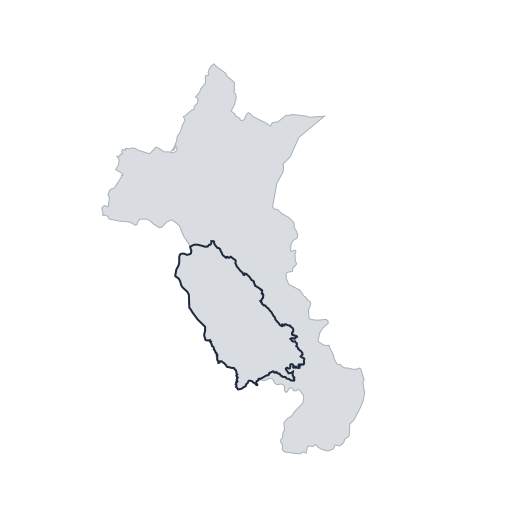 Punjab on a map of Pakistan (Equal Earth projection), rotated 120°
{"feature_id": "PAK-1113", "entity_name": "Punjab", "entity_type": "Province", "adm_level": 1, "iso_a3": "PAK", "parent_name": "Pakistan", "parent_adm1": "", "projection": "equal_earth", "projection_center": [72.142, 30.862], "detail": "fine", "context": "in_parent", "style": "outline", "palette": "slate", "viewbox_px": 512, "rotation_deg": 120, "n_neighbors": 0, "source": "natural_earth", "source_scale": "10m", "svg_char_len": 9750}
<svg xmlns="http://www.w3.org/2000/svg" viewBox="0 0 512 512"><g transform="rotate(120 256 256)"><path d="M405.8,119.6L411.4,133.3L410.5,136.3L406.5,138.6L404.9,141.4L403.0,142.7L400.4,142.2L395.1,144.4L392.6,144.3L386.4,148.5L381.5,147.7L376.5,145.1L372.0,144.9L359.7,141.9L353.3,144.7L350.2,151.6L350.5,153.0L352.7,153.9L353.6,155.2L353.8,156.3L352.4,159.2L353.2,160.7L358.9,161.4L358.9,162.5L358.3,164.0L354.2,166.5L353.8,168.2L354.3,170.4L357.1,173.6L356.5,176.7L354.2,180.2L354.4,181.6L356.8,184.5L360.1,186.6L360.7,189.9L360.2,191.2L361.2,192.2L367.0,192.5L366.7,196.3L367.5,199.2L369.5,200.1L373.3,200.0L378.0,202.3L380.0,204.6L379.8,206.3L378.5,208.2L368.7,213.0L365.2,216.4L364.4,219.1L366.0,225.4L364.6,232.5L365.1,233.9L366.4,234.4L366.9,236.4L362.0,240.0L361.3,240.0L355.0,249.6L352.9,251.8L352.6,253.9L353.6,257.3L351.2,260.6L342.9,264.7L340.1,274.6L333.8,288.0L322.9,295.2L321.9,296.6L318.7,305.7L315.2,310.1L313.7,315.7L307.3,318.1L300.3,319.1L294.3,322.2L292.8,322.3L290.7,320.8L289.5,316.4L286.8,314.2L285.1,314.1L280.0,318.7L275.1,328.5L268.0,337.6L266.7,346.0L267.4,347.6L271.8,350.6L278.2,351.9L279.9,353.8L279.5,361.4L278.4,365.2L278.9,369.4L282.1,374.8L285.7,375.5L288.1,374.8L289.6,375.8L289.7,382.3L294.1,391.8L297.4,401.7L296.0,403.5L295.8,404.7L295.9,407.0L297.3,408.5L297.3,409.3L294.2,410.8L292.6,412.9L290.8,413.6L288.1,412.5L287.5,408.8L286.3,409.0L278.6,412.3L277.0,414.8L272.8,415.5L271.0,415.3L267.9,412.6L254.9,412.1L253.5,412.9L252.5,411.6L251.5,412.8L251.3,420.8L246.7,420.7L242.6,421.8L240.2,423.7L239.2,426.4L237.7,423.9L236.0,424.4L234.2,422.5L233.4,424.4L230.4,424.9L230.0,422.0L228.3,423.0L227.2,421.5L226.7,419.4L224.5,417.5L223.4,415.2L223.1,410.1L220.9,399.9L219.5,398.9L211.7,397.1L211.3,395.3L211.7,387.4L209.3,383.4L208.6,380.6L206.6,378.2L204.5,377.6L202.5,377.9L200.7,380.4L205.1,380.0L207.3,381.7L202.7,381.2L195.8,382.4L191.7,384.0L186.4,383.5L179.5,385.2L173.9,385.3L171.5,388.6L169.3,387.2L161.6,384.6L159.9,382.8L157.4,384.4L153.2,383.2L149.9,384.1L148.7,385.6L148.5,387.9L142.2,386.7L139.2,387.5L132.3,386.4L130.5,386.7L125.3,389.9L123.1,387.5L120.9,389.3L117.3,390.0L114.1,389.8L110.6,388.5L111.6,385.9L112.9,373.6L114.8,371.2L116.2,362.7L116.8,361.1L121.8,358.7L122.5,357.4L124.7,357.7L126.3,354.2L128.8,352.3L135.7,350.2L143.0,350.0L143.6,345.1L144.9,344.0L144.9,338.8L146.2,337.6L146.1,336.9L145.3,335.4L143.6,334.3L138.6,335.1L135.7,334.3L135.8,331.5L136.8,327.9L135.8,314.7L136.3,308.4L132.6,308.6L128.6,304.0L119.7,300.6L114.7,294.2L109.6,281.9L109.3,279.2L100.6,266.6L131.8,278.2L153.0,275.9L163.2,278.7L164.7,276.9L169.0,274.7L182.6,274.3L204.8,266.4L206.4,263.8L205.2,261.8L205.0,260.1L206.4,254.7L206.2,247.3L207.5,242.3L208.5,239.5L212.4,236.8L215.1,232.3L217.0,230.5L218.8,229.5L220.8,229.6L222.5,231.1L225.7,231.7L228.9,231.3L234.5,228.5L234.4,227.6L231.8,225.7L231.5,224.3L232.4,223.5L234.6,223.3L239.9,220.0L242.7,216.8L248.1,218.0L251.1,216.8L254.6,220.8L256.3,221.1L260.4,218.4L264.2,213.4L263.6,200.7L266.8,194.4L266.8,192.3L267.8,190.6L268.7,185.9L270.0,184.7L272.6,184.0L276.7,183.5L283.2,179.1L283.7,177.0L280.9,170.7L275.9,163.7L276.3,161.0L278.3,159.8L284.6,162.1L290.8,162.3L298.3,159.9L299.1,158.1L299.2,151.9L296.8,147.8L298.7,146.1L303.0,139.4L306.0,136.9L309.2,131.5L307.8,128.9L308.8,125.9L308.3,122.4L307.3,121.2L305.6,115.3L304.0,112.7L301.1,110.1L302.0,108.2L309.2,100.4L312.1,100.5L313.0,99.2L318.1,95.5L319.3,93.9L328.0,90.7L337.2,89.7L349.3,89.2L354.4,90.8L364.8,85.6L366.5,85.6L370.2,87.7L373.2,86.8L375.0,87.1L378.7,88.6L380.2,92.9L380.9,93.3L383.0,92.4L384.8,92.8L388.9,96.3L390.6,101.7L390.6,107.0L389.5,109.0L389.6,110.0L392.6,111.6L394.1,115.4L396.1,115.9L401.7,114.0L401.9,116.8L405.8,119.6Z" fill="#d9dde1" stroke="#a8b0b8" stroke-width="1"/><path d="M378.0,202.1L379.8,203.8L380.3,204.5L380.5,205.1L380.3,205.6L379.7,206.4L379.3,208.0L378.4,208.0L377.4,208.5L377.0,209.0L377.0,209.5L376.3,209.4L375.9,209.7L375.6,209.8L374.4,209.3L374.1,209.3L374.2,210.1L373.6,210.0L373.4,210.1L373.0,210.8L372.8,210.9L371.5,211.0L371.2,211.4L370.4,211.1L370.1,211.7L369.9,212.5L369.5,213.2L369.2,213.3L367.9,213.0L367.4,214.2L366.8,214.5L365.1,216.2L364.9,216.6L364.8,217.6L364.6,217.9L364.5,218.4L364.2,218.6L364.0,219.1L365.3,221.6L365.8,224.0L366.4,225.1L366.5,225.5L366.4,226.0L365.6,227.3L364.9,229.5L364.7,230.1L364.8,231.3L364.4,232.8L364.6,233.7L365.0,234.3L365.3,234.5L366.5,234.3L367.4,235.1L365.8,236.2L365.6,236.6L365.6,237.2L364.7,238.2L363.5,238.5L363.2,238.7L362.9,239.0L362.4,240.0L361.3,239.8L360.9,240.0L360.6,240.5L360.7,241.0L360.5,241.4L359.7,242.0L359.9,242.7L359.3,243.3L358.4,244.5L358.3,245.1L358.0,245.3L357.9,245.9L356.9,246.4L356.1,247.3L355.9,247.8L356.0,248.7L355.9,249.3L355.6,249.6L354.9,249.9L353.4,252.2L352.9,252.1L353.0,252.8L352.6,252.8L352.3,253.0L352.0,253.4L351.8,253.9L352.7,254.5L353.6,256.2L353.9,257.4L353.8,258.1L350.6,261.2L349.8,261.7L346.3,262.6L343.0,264.5L342.7,264.8L340.1,274.9L336.6,282.9L334.9,285.8L334.3,287.6L333.7,288.2L323.7,294.4L323.1,294.8L321.7,296.9L321.2,298.0L320.1,303.2L319.7,304.4L319.1,305.6L318.4,306.5L316.0,308.8L314.4,311.2L314.1,312.2L313.9,315.4L313.8,315.8L313.5,316.1L307.7,318.2L306.0,318.3L304.5,318.2L302.8,318.4L301.1,318.8L299.7,319.4L295.0,322.1L293.4,322.5L292.1,322.3L291.1,321.5L290.3,320.2L289.7,318.5L289.7,317.1L289.6,316.5L288.2,314.8L287.1,314.0L286.1,313.7L285.0,314.2L283.9,314.5L283.6,314.7L282.5,316.2L280.9,317.6L278.7,316.3L277.5,315.5L276.8,314.7L275.6,312.6L275.3,311.9L274.1,307.6L274.0,306.9L273.7,306.2L273.6,304.9L273.4,304.5L272.6,303.8L272.1,302.6L269.7,302.2L269.5,301.5L269.4,301.4L268.2,301.0L267.5,301.1L265.4,302.1L264.4,300.2L264.4,299.8L264.6,299.4L266.0,298.6L267.1,296.7L268.3,293.3L268.2,293.0L267.7,292.3L267.9,291.1L268.1,290.4L269.1,289.4L270.5,287.0L271.4,286.1L271.8,285.4L272.5,281.5L272.5,280.8L272.4,280.7L272.2,280.7L271.7,281.2L271.0,280.4L271.1,278.9L271.0,278.4L270.5,278.0L269.4,277.8L269.2,277.5L269.8,274.0L269.8,272.1L270.1,271.3L270.4,271.1L271.1,270.7L272.3,270.5L272.7,270.1L273.4,268.8L274.5,267.8L275.6,264.7L276.6,262.2L276.9,261.3L276.9,260.4L277.1,259.6L277.8,258.7L278.4,257.5L278.5,256.7L278.2,256.5L277.6,256.5L277.4,256.7L277.0,257.2L276.9,257.2L276.8,256.2L276.4,255.8L276.3,255.5L276.9,253.4L277.1,252.0L277.3,251.3L279.1,247.7L279.1,247.3L278.8,246.4L279.2,245.0L279.4,244.8L280.1,244.6L281.7,242.2L282.2,242.0L282.3,241.8L282.3,241.2L282.1,240.5L282.4,235.4L282.7,235.6L282.9,235.0L282.8,233.7L282.8,233.4L284.4,232.6L285.6,232.4L285.7,232.1L285.5,231.0L285.9,231.0L286.1,230.9L286.3,230.2L286.7,229.7L287.6,229.7L288.6,229.0L289.2,229.1L290.3,229.5L291.7,229.0L292.8,229.8L293.1,229.1L293.6,228.4L293.5,228.0L293.7,227.2L293.9,227.0L294.4,226.7L294.6,226.4L294.7,225.5L294.5,224.7L294.9,224.2L294.3,223.2L295.3,220.3L295.2,219.1L296.5,216.4L296.8,214.8L297.0,214.3L297.8,213.3L298.2,212.2L299.2,211.0L299.3,210.5L299.4,209.7L299.7,209.0L300.4,208.2L301.3,207.5L301.5,207.1L301.9,205.5L302.5,204.3L302.6,203.1L303.7,201.2L303.8,200.7L303.9,199.0L303.6,198.5L303.6,198.2L303.4,198.1L303.2,198.1L303.0,198.5L302.7,198.7L302.4,199.2L302.2,199.2L301.9,198.4L302.2,197.3L302.1,196.8L302.0,196.7L300.8,196.8L300.5,196.7L300.3,196.3L300.1,194.7L300.0,193.5L299.2,191.6L299.8,191.1L300.0,188.9L300.2,188.1L300.7,187.3L301.0,187.0L302.9,186.0L303.8,186.5L305.5,186.0L305.8,185.7L306.1,185.1L306.1,184.8L306.0,184.5L305.6,184.5L305.6,184.3L305.8,183.0L305.4,182.3L305.4,181.8L305.1,181.3L305.1,181.0L305.2,180.3L305.4,180.1L305.9,180.6L306.4,180.9L306.7,181.0L307.5,180.7L308.1,181.1L308.6,181.6L308.6,182.8L309.0,183.5L309.7,184.4L310.6,184.8L310.8,184.5L310.8,183.6L311.0,183.1L311.5,182.2L311.6,181.7L311.6,181.2L310.8,180.1L311.0,180.1L310.6,179.9L310.6,179.5L311.1,178.3L311.0,177.4L311.4,176.9L312.4,176.2L313.5,176.2L313.8,175.7L314.0,175.7L313.9,175.2L314.4,174.0L315.2,173.3L315.4,173.1L315.4,171.9L315.8,171.3L315.8,169.9L316.7,167.5L317.5,167.0L318.0,166.4L318.5,166.7L319.2,166.7L319.8,167.0L320.3,166.8L320.7,167.0L320.9,166.0L320.6,163.6L320.9,162.7L322.9,162.1L324.5,160.9L325.2,160.6L326.3,160.6L326.7,162.0L327.0,162.4L328.3,162.6L328.6,162.8L328.7,163.0L328.1,163.7L328.0,164.0L328.5,164.6L328.8,164.8L329.5,164.5L329.9,163.7L330.3,163.5L330.3,163.0L330.7,162.6L331.0,162.4L331.4,162.9L331.2,163.4L331.3,163.7L331.7,164.1L332.1,164.0L332.2,164.9L331.9,165.4L332.2,165.5L332.6,165.5L332.9,165.7L332.8,166.1L332.3,166.5L332.2,166.9L332.3,167.3L333.0,167.2L333.4,167.5L333.9,167.5L333.9,168.0L332.1,169.0L331.7,169.6L331.6,170.3L332.1,171.5L332.5,171.9L333.0,171.9L333.4,171.8L334.8,170.9L335.5,170.6L336.1,170.5L336.5,170.6L337.0,171.2L337.3,172.1L337.1,173.1L337.5,173.5L338.4,173.9L338.8,173.8L339.8,172.4L340.5,170.5L341.2,169.6L341.3,169.0L339.6,167.1L337.6,166.1L338.0,165.9L338.9,166.0L339.8,165.2L341.3,164.4L341.5,163.7L342.1,162.8L342.0,162.1L342.2,161.9L343.1,162.1L343.9,161.0L344.6,160.7L345.1,160.9L346.2,163.4L346.3,164.2L346.0,166.1L346.6,167.5L346.7,168.5L346.2,169.6L346.1,170.4L346.9,171.4L347.3,172.3L347.3,172.7L347.3,172.9L347.0,173.2L347.2,174.9L346.8,175.2L346.6,176.0L346.2,176.6L346.2,177.0L346.8,177.9L346.6,178.7L346.7,180.1L346.3,180.3L346.4,180.6L347.0,180.5L347.1,181.0L347.7,181.4L347.8,181.7L347.6,182.7L347.2,183.2L347.5,183.7L348.1,184.2L349.2,184.8L349.9,185.2L350.0,185.6L350.7,186.0L351.0,186.0L351.7,185.7L352.6,185.6L353.3,185.9L354.0,187.1L360.4,190.8L360.2,191.2L360.7,192.0L361.0,192.3L361.4,192.4L362.4,191.8L362.8,191.8L364.0,192.8L365.3,192.6L366.1,192.2L366.5,190.9L366.8,190.5L367.2,190.4L367.4,190.6L367.5,191.2L366.8,193.4L366.9,195.5L366.4,196.8L366.5,197.3L367.1,199.1L367.6,199.8L368.3,200.0L370.5,199.7L371.8,200.4L372.6,200.3L373.4,200.0L374.0,199.9L374.6,200.2L376.0,201.3L377.3,201.6L378.0,202.1Z" fill="none" stroke="#1e293b" stroke-width="2"/></g></svg>